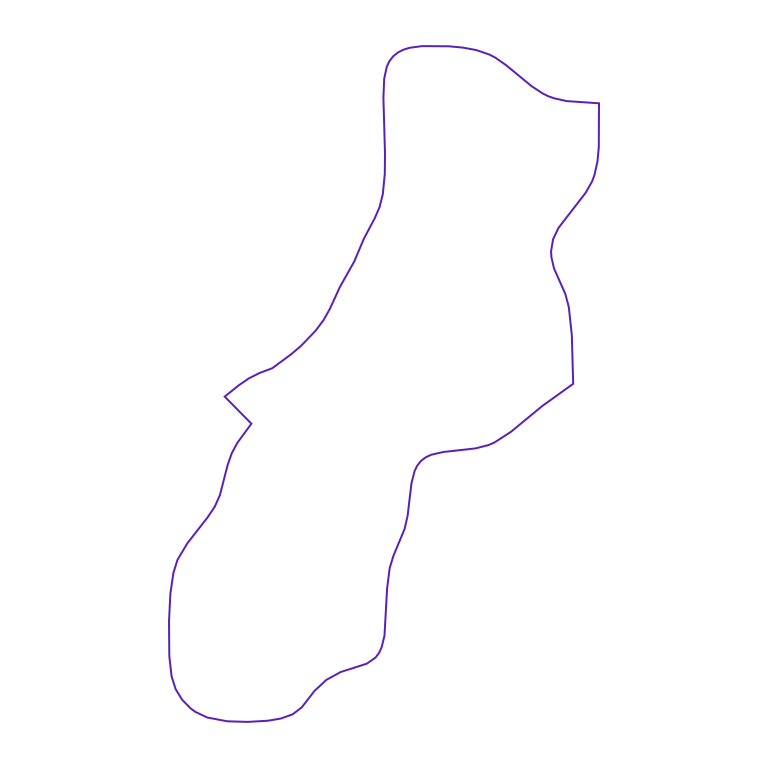 the district of Cayetano Germosén, Espaillat, Dominican Republic
{"feature_id": "3306468B9406738878397", "entity_name": "Cayetano Germosén", "entity_type": "district", "adm_level": 2, "iso_a3": "DOM", "parent_name": "Dominican Republic", "parent_adm1": "Espaillat", "projection": "mercator", "projection_center": [-70.472, 19.336], "detail": "fine", "context": "isolated", "style": "outline", "palette": "violet", "viewbox_px": 768, "rotation_deg": 0, "n_neighbors": 0, "source": "geoboundaries", "source_scale": "gbopen_adm2", "svg_char_len": 1356}
<svg xmlns="http://www.w3.org/2000/svg" viewBox="0 0 768 768"><path d="M573.2,383.8L571.8,335.0L568.8,307.0L565.3,293.9L554.0,268.4L551.4,257.1L551.1,251.1L553.1,239.2L558.5,227.9L585.7,192.7L592.1,181.4L594.5,174.9L597.5,161.2L598.8,147.0L599.0,103.3L566.7,101.1L554.2,98.3L548.2,96.2L542.4,93.3L531.5,86.1L506.1,65.2L495.4,57.7L489.5,54.6L476.4,50.1L462.8,47.6L449.1,46.3L422.2,46.1L409.6,47.8L403.7,49.6L398.2,52.3L393.2,56.3L389.4,61.2L386.8,66.7L384.2,78.6L383.4,97.8L385.0,153.1L384.8,173.9L382.8,194.3L379.5,207.3L374.8,218.1L363.9,238.7L354.3,261.4L339.9,287.0L329.8,309.0L323.5,320.2L315.5,330.8L301.4,345.5L291.0,354.4L272.1,368.3L259.7,372.9L248.8,378.4L238.9,385.2L224.7,396.6L251.4,423.7L237.3,442.9L231.7,453.4L227.6,465.1L219.9,495.2L214.7,506.8L207.5,517.5L187.4,543.2L177.4,560.0L173.4,573.0L170.4,593.4L169.0,621.3L169.3,656.2L171.6,676.4L175.7,689.3L182.1,699.7L190.5,708.3L195.4,711.9L207.2,717.5L227.3,721.3L247.9,721.9L268.2,720.7L281.0,718.5L292.7,714.3L301.7,707.4L314.5,690.9L326.3,679.9L340.7,672.0L366.7,663.7L375.5,657.6L379.1,652.8L381.6,647.4L384.5,635.5L387.1,588.5L389.7,568.1L393.4,555.9L404.6,529.0L407.6,515.8L411.5,483.1L414.6,471.1L417.2,465.7L421.0,460.9L425.9,457.2L431.4,454.7L443.2,452.0L475.5,448.4L488.7,445.0L494.6,442.4L511.1,431.7L542.0,406.2L573.2,383.8Z" fill="none" stroke="#5b21b6" stroke-width="2"/></svg>